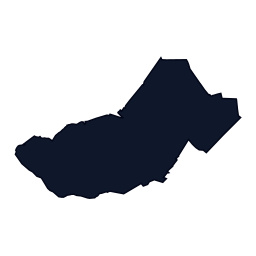 the district of Dumbrava Rosie, Neamt, Romania
{"feature_id": "2599482B29354123900383", "entity_name": "Dumbrava Rosie", "entity_type": "district", "adm_level": 2, "iso_a3": "ROU", "parent_name": "Romania", "parent_adm1": "Neamt", "projection": "equal_earth", "projection_center": [26.407, 46.891], "detail": "fine", "context": "isolated", "style": "filled", "palette": "ink", "viewbox_px": 256, "rotation_deg": 0, "n_neighbors": 0, "source": "geoboundaries", "source_scale": "gbopen_adm2", "svg_char_len": 2987}
<svg xmlns="http://www.w3.org/2000/svg" viewBox="0 0 256 256"><path d="M162.8,182.3L163.9,181.1L166.3,178.7L163.5,177.4L166.4,173.7L167.0,172.9L167.9,172.8L168.4,172.8L168.8,172.7L168.7,172.6L168.3,172.2L167.8,171.7L167.2,171.2L172.4,166.5L172.2,166.4L172.4,166.0L175.7,161.5L175.8,161.5L176.9,160.0L176.2,159.5L176.5,159.0L175.8,158.4L177.1,157.4L178.4,156.4L178.2,156.2L178.7,155.2L188.5,139.4L192.4,144.1L193.8,145.5L196.0,147.6L199.2,149.8L203.3,150.1L206.3,152.6L223.0,135.1L240.6,117.5L238.3,115.7L237.4,109.1L236.4,99.3L236.3,99.0L228.8,98.7L222.0,98.5L220.8,93.4L217.1,94.3L213.6,95.4L212.7,95.5L211.8,96.1L211.6,96.2L211.2,96.0L210.8,95.8L209.7,94.7L208.9,95.1L207.8,93.9L204.5,89.9L200.6,84.3L199.5,82.9L193.6,74.4L189.8,68.9L188.6,64.7L187.7,62.3L186.8,60.6L186.4,59.8L166.5,60.0L161.8,59.8L160.9,57.8L144.3,81.6L143.5,85.0L142.6,84.8L129.7,100.5L125.8,105.6L124.8,108.2L123.9,107.9L122.0,110.7L121.7,111.2L120.4,110.0L120.2,110.1L120.1,110.3L120.2,110.6L119.9,110.8L119.4,111.2L119.2,111.3L119.0,111.5L118.9,111.6L118.6,111.8L118.5,112.0L118.2,112.2L118.2,112.3L118.0,112.5L118.0,112.8L122.8,117.7L121.9,117.9L121.4,117.8L119.8,117.4L110.5,114.4L110.0,114.3L109.9,114.5L109.8,114.9L109.7,115.1L109.6,115.4L109.5,115.5L109.4,115.6L108.7,115.4L106.8,115.2L96.1,118.4L87.7,121.4L85.2,121.6L85.2,121.9L85.5,122.2L85.2,122.9L85.1,123.0L85.3,123.1L85.5,123.2L85.4,123.4L85.1,124.2L84.9,124.4L84.6,124.3L84.6,124.2L84.4,124.1L84.0,123.8L83.9,123.6L83.8,123.4L83.7,123.3L83.5,122.7L83.4,122.5L83.3,122.3L83.3,122.2L83.1,122.0L81.6,121.9L80.3,122.4L79.5,122.8L79.1,123.1L78.5,123.4L78.1,123.8L77.6,124.0L76.4,124.5L75.5,124.4L74.8,124.3L74.5,124.2L73.6,124.1L72.9,124.0L72.5,124.0L72.1,124.1L71.3,124.1L70.7,124.4L69.9,124.6L69.7,124.7L68.6,124.8L67.6,125.2L67.1,125.2L66.9,125.6L66.9,126.2L66.8,126.3L65.5,127.0L65.3,127.4L64.7,127.8L64.1,128.7L62.7,129.7L60.8,131.6L60.7,131.8L59.0,132.7L57.7,133.8L56.4,134.9L55.6,135.6L52.4,140.8L52.0,140.8L51.6,140.5L51.5,140.4L51.1,140.1L50.9,139.9L50.5,139.6L49.7,139.1L48.7,138.4L47.8,138.4L47.2,138.4L46.9,138.5L44.8,138.1L44.3,138.0L43.5,138.2L43.0,138.2L42.8,138.2L42.4,138.3L42.0,138.3L41.2,138.0L40.0,136.6L38.8,137.3L38.4,137.3L37.6,137.3L37.0,137.0L35.8,136.9L34.4,136.1L23.9,143.9L24.3,144.0L25.0,144.6L24.7,145.1L23.9,145.2L22.9,145.1L22.3,145.1L21.8,145.2L19.4,145.5L18.3,146.0L18.0,146.3L17.8,146.7L17.1,147.4L16.7,148.2L16.6,148.6L16.3,148.9L16.1,149.2L16.1,149.6L16.0,149.9L15.8,150.2L16.0,150.6L16.3,151.1L16.3,151.6L16.1,152.7L15.9,153.1L15.8,153.4L15.4,154.3L21.9,163.6L29.3,170.0L32.6,171.8L36.9,176.2L41.4,177.8L47.8,188.4L50.0,190.4L53.2,191.8L58.6,196.5L58.8,196.7L61.6,197.1L63.6,197.1L65.8,196.0L67.1,195.2L69.9,194.7L71.4,194.3L73.7,194.2L76.7,195.4L80.9,195.8L87.6,197.9L89.7,198.2L94.8,197.7L95.6,196.8L97.6,195.8L99.4,193.5L101.6,193.2L106.6,191.6L107.2,192.2L109.9,191.1L123.7,193.7L141.2,183.4L143.3,186.0L147.6,184.4L149.3,181.7L154.3,179.7L162.8,182.3Z" fill="#0f172a" stroke="#020617" stroke-width="1.5"/></svg>